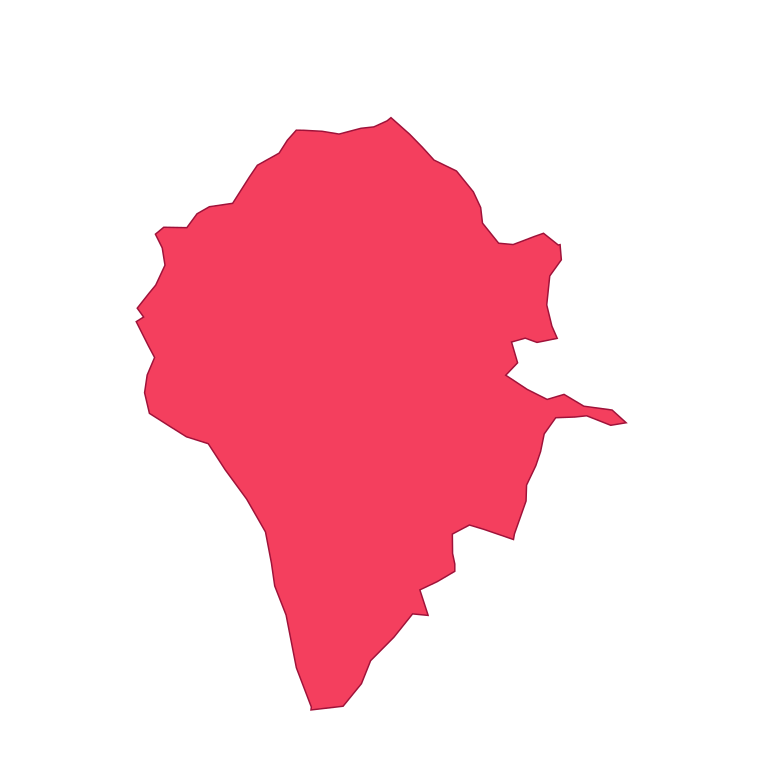 Souskiou, Paphos, Cyprus, rotated 62°
{"feature_id": "46923920B5461634055818", "entity_name": "Souskiou", "entity_type": "district", "adm_level": 2, "iso_a3": "CYP", "parent_name": "Cyprus", "parent_adm1": "Paphos", "projection": "mercator", "projection_center": [32.607, 34.737], "detail": "fine", "context": "isolated", "style": "filled", "palette": "rose", "viewbox_px": 768, "rotation_deg": 62, "n_neighbors": 0, "source": "geoboundaries", "source_scale": "gbopen_adm2", "svg_char_len": 1358}
<svg xmlns="http://www.w3.org/2000/svg" viewBox="0 0 768 768"><g transform="rotate(62 384 384)"><path d="M637.5,601.5L649.3,571.4L638.0,544.6L622.0,525.7L612.2,494.1L600.4,466.7L609.0,453.7L608.2,453.5L582.6,449.0L583.5,429.7L582.6,409.4L576.2,406.0L565.8,403.0L548.6,394.1L548.6,374.8L559.4,363.9L582.1,342.7L577.6,339.2L554.0,313.5L540.2,305.6L527.4,288.3L517.1,277.4L503.3,266.0L494.4,248.2L502.8,230.9L507.2,220.0L526.9,203.2L531.9,188.4L514.1,194.8L497.4,218.0L477.7,229.9L474.2,247.2L456.0,260.1L433.4,272.4L428.0,256.1L406.8,251.7L409.8,237.8L419.1,229.4L420.9,223.5L425.0,209.6L411.7,208.6L390.6,203.2L366.4,186.9L357.6,169.1L343.6,163.1L343.1,164.9L325.8,172.4L324.3,182.3L321.5,204.5L313.5,216.7L288.2,221.5L273.6,215.8L256.3,214.9L230.0,220.0L209.8,234.7L193.3,238.9L175.5,244.1L152.1,252.8L153.1,257.8L152.2,272.3L147.4,284.3L142.2,306.4L131.8,320.0L122.4,335.6L118.7,342.3L123.4,354.9L130.9,368.2L131.4,393.1L137.9,405.4L153.4,432.8L145.5,454.9L145.9,469.1L153.4,484.7L142.2,504.9L144.4,515.5L159.7,515.9L176.3,521.6L189.5,539.1L193.4,548.5L201.2,566.3L212.0,564.8L212.6,573.5L239.7,574.1L252.9,574.1L264.9,588.9L279.3,599.5L299.8,604.9L321.7,592.5L337.9,583.2L354.2,567.2L385.1,564.5L421.2,559.3L459.0,558.1L489.4,567.5L511.0,575.3L542.0,578.9L593.4,594.6L635.1,599.8L637.5,601.5Z" fill="#f43f5e" stroke="#9f1239" stroke-width="1.5"/></g></svg>